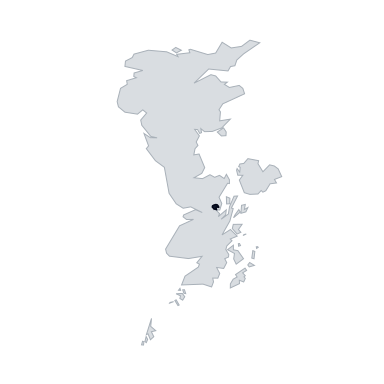 United Kingdom, with Renfrewshire highlighted, rotated 188°
{"feature_id": "GBR-2008", "entity_name": "Renfrewshire", "entity_type": "Unitary District", "adm_level": 1, "iso_a3": "GBR", "parent_name": "United Kingdom", "parent_adm1": "", "projection": "albers", "projection_center": [-4.557, 55.846], "detail": "fine", "context": "in_parent", "style": "filled", "palette": "ink", "viewbox_px": 384, "rotation_deg": 188, "n_neighbors": 0, "source": "natural_earth", "source_scale": "10m", "svg_char_len": 4242}
<svg xmlns="http://www.w3.org/2000/svg" viewBox="0 0 384 384"><g transform="rotate(188 192 192)"><path d="M205.1,300.1L189.6,310.8L184.7,310.2L178.6,305.0L172.3,305.7L174.9,303.1L169.5,300.7L160.1,304.1L156.1,301.7L153.6,296.6L173.8,283.6L176.7,277.2L175.0,275.3L174.5,266.3L164.2,269.5L171.5,259.6L180.3,254.8L188.0,253.5L192.1,256.0L190.8,252.1L192.5,251.1L195.2,254.6L198.1,254.4L192.5,248.6L194.8,242.1L192.6,238.9L195.0,235.4L195.4,229.0L190.3,230.6L182.8,217.9L184.9,211.8L192.0,206.4L183.4,206.7L176.6,211.6L171.6,209.7L167.1,212.3L162.0,209.8L160.4,214.3L156.7,209.4L156.1,205.6L158.0,205.6L164.5,190.6L160.9,184.7L162.0,178.0L166.0,177.7L161.7,174.4L162.5,171.3L155.6,179.1L155.5,174.0L159.3,169.1L152.9,175.3L152.8,182.6L149.8,193.7L146.3,194.4L150.8,181.6L148.9,181.3L150.5,168.5L156.3,153.7L148.7,160.2L141.1,154.6L147.6,150.8L145.6,149.3L150.0,143.5L150.5,139.7L146.9,135.3L146.8,132.7L150.3,130.5L147.8,126.9L150.0,120.7L157.1,120.7L153.2,115.2L154.4,110.3L159.5,109.6L158.2,106.0L159.4,100.7L168.3,102.3L189.4,98.5L187.2,107.7L175.3,118.5L174.6,121.6L177.4,122.6L173.1,129.7L186.2,125.6L205.4,125.3L208.7,127.9L210.2,131.8L199.6,156.8L186.7,165.1L193.6,164.0L197.4,166.2L197.1,168.1L186.0,175.0L179.0,173.1L191.2,177.1L198.5,174.7L206.0,178.1L214.5,187.5L222.8,212.6L232.6,217.9L243.3,228.6L241.4,231.6L247.7,243.3L240.8,240.0L234.1,240.8L240.5,241.3L251.0,251.1L252.8,256.1L247.9,263.9L252.2,266.5L256.8,261.5L269.5,261.7L276.7,266.1L278.7,271.1L277.2,284.7L271.1,289.6L272.2,293.2L263.0,297.4L265.7,298.3L265.9,301.8L257.6,305.5L275.9,307.0L276.1,312.4L269.9,316.8L268.6,320.5L255.0,326.3L236.6,327.3L224.7,324.1L226.3,326.2L213.5,329.6L214.9,332.4L213.5,333.1L195.5,330.3L187.9,332.9L183.0,344.5L173.2,340.1L163.2,343.1L155.8,350.4L145.7,349.2L160.1,336.0L166.0,328.9L167.1,323.0L171.3,321.6L173.2,316.9L192.6,316.1L205.1,300.1ZM141.3,232.8L130.4,232.3L130.6,229.2L124.6,221.9L118.9,229.7L114.1,229.2L109.9,226.9L105.3,219.7L112.1,215.9L109.6,212.7L115.8,211.0L119.1,203.5L121.8,201.7L123.7,203.1L126.4,199.2L134.4,197.7L140.1,198.6L146.8,210.4L144.0,215.6L149.0,215.0L150.9,219.8L150.6,221.5L147.5,218.3L147.7,223.2L149.3,223.6L148.5,226.4L144.7,227.5L141.3,232.8ZM141.2,106.4L139.1,111.4L135.5,114.1L137.4,116.3L128.9,124.0L127.0,122.0L130.6,119.0L127.6,116.5L128.7,115.2L127.2,113.8L128.3,110.1L132.9,111.2L132.2,107.9L140.7,102.3L141.2,106.4ZM141.4,131.5L141.4,137.1L148.8,139.8L143.6,145.1L143.0,140.5L138.4,140.3L131.7,133.1L138.2,126.7L141.4,131.5ZM212.6,39.9L215.8,45.4L217.3,44.5L214.5,61.2L214.2,53.2L208.6,49.6L212.8,48.0L209.7,43.4L212.6,39.9ZM146.6,165.7L137.9,167.0L140.8,161.3L138.0,158.9L141.5,156.7L147.0,161.4L146.6,165.7ZM170.7,251.6L175.3,254.9L169.7,259.9L166.5,256.2L166.2,252.5L170.7,251.6ZM140.6,177.7L141.1,185.7L137.5,187.1L137.7,182.0L134.5,184.4L135.9,179.8L140.6,177.7ZM189.2,84.9L188.9,87.6L193.6,89.0L187.5,90.2L184.6,87.3L186.2,83.6L189.2,84.9ZM157.3,192.1L153.6,191.1L153.0,185.6L156.1,185.0L157.3,192.1ZM231.5,329.8L228.2,332.9L222.3,330.9L226.8,327.6L231.5,329.8ZM143.2,181.1L141.5,178.8L147.3,172.3L146.1,175.6L143.2,181.1ZM124.9,125.8L126.6,127.5L125.1,130.2L120.0,128.0L124.9,125.8ZM123.6,142.4L121.5,141.9L121.3,134.5L123.6,134.9L123.6,142.4ZM217.3,42.5L215.4,39.9L216.3,36.5L217.8,37.4L217.3,42.5ZM193.9,82.2L192.7,83.0L189.0,78.3L190.1,77.6L193.9,82.2ZM187.6,93.8L185.9,94.2L184.1,90.5L185.9,90.6L187.6,93.8ZM220.7,33.6L220.2,37.3L218.8,37.0L218.7,33.7L220.7,33.6ZM198.4,79.6L194.9,80.9L198.7,78.8L198.4,79.6ZM138.9,147.3L137.8,147.6L136.5,145.7L138.3,144.8L138.9,147.3ZM191.7,92.8L190.5,94.9L189.6,93.0L191.7,92.8ZM134.6,157.1L132.4,158.0L135.4,156.0L134.6,157.1ZM120.7,146.7L119.3,147.0L118.7,146.4L120.2,145.1L120.7,146.7Z" fill="#d9dde1" stroke="#a8b0b8" stroke-width="1"/><path d="M165.3,178.0L167.3,178.3L167.6,178.1L167.7,178.3L168.0,178.4L168.4,178.7L169.1,179.4L169.8,179.9L169.8,180.3L169.7,180.9L169.7,181.2L169.3,181.5L168.4,182.2L167.6,182.5L167.1,182.8L166.7,182.8L166.1,182.9L165.2,182.8L164.6,182.3L163.8,181.5L163.5,180.8L163.2,180.1L163.3,180.2L163.6,180.4L164.0,180.5L164.5,180.5L164.9,180.6L165.3,180.6L165.6,180.6L165.9,180.3L166.0,179.9L165.9,179.4L165.6,178.9L165.4,178.5L165.3,178.0L165.3,178.0Z" fill="#0f172a" stroke="#020617" stroke-width="1.5"/></g></svg>